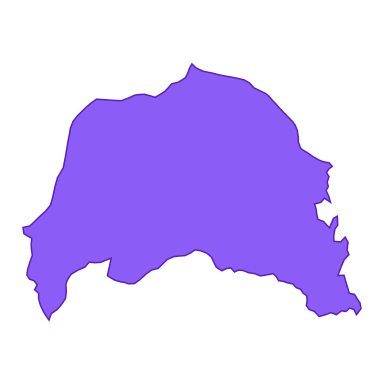 outline of Aparecida de Goiânia, Goiás, Brazil
{"feature_id": "56859067B28285807944734", "entity_name": "Aparecida de Goiânia", "entity_type": "district", "adm_level": 2, "iso_a3": "BRA", "parent_name": "Brazil", "parent_adm1": "Goiás", "projection": "robinson", "projection_center": [-49.254, -16.809], "detail": "fine", "context": "isolated", "style": "filled", "palette": "violet", "viewbox_px": 384, "rotation_deg": 0, "n_neighbors": 0, "source": "geoboundaries", "source_scale": "gbopen_adm2", "svg_char_len": 2494}
<svg xmlns="http://www.w3.org/2000/svg" viewBox="0 0 384 384"><path d="M329.1,162.8L323.4,161.8L319.5,160.3L312.6,156.4L307.8,153.0L300.9,148.8L298.5,142.7L298.3,137.4L297.3,130.4L295.1,125.0L292.3,121.3L288.3,117.2L283.1,111.9L279.7,108.3L276.2,104.3L272.0,99.9L269.0,96.3L265.7,93.5L260.2,90.9L254.0,87.9L249.6,83.0L244.2,79.9L238.8,78.6L231.4,77.1L225.4,76.1L218.4,74.7L211.9,73.0L203.0,71.2L196.2,68.0L191.9,63.9L189.6,68.0L187.7,73.2L185.5,77.7L178.2,82.3L171.7,83.8L168.8,87.2L165.0,91.3L159.2,95.0L155.1,97.3L150.2,95.8L144.4,94.3L139.7,94.5L135.0,95.1L128.5,98.0L121.5,100.7L114.2,100.4L109.9,100.1L104.6,99.7L96.5,99.2L91.3,102.9L86.6,106.8L81.1,112.2L77.2,116.1L73.1,121.3L70.4,128.2L69.3,134.9L67.8,142.4L66.7,149.5L65.4,156.9L64.4,162.0L63.3,167.7L60.7,172.3L57.5,177.7L55.0,186.6L53.9,192.0L52.6,197.6L50.5,205.0L45.6,211.2L40.6,215.6L34.9,221.2L29.9,225.9L23.0,227.5L23.9,233.7L27.7,236.1L31.8,238.3L31.2,243.6L31.4,248.7L32.3,255.3L29.7,262.7L27.6,269.6L26.9,275.0L29.5,279.1L34.1,280.8L37.2,284.8L34.6,289.7L38.6,293.3L38.6,298.5L40.4,305.2L42.7,310.1L45.3,314.7L49.0,320.1L51.2,313.7L57.1,309.6L61.8,304.1L65.5,298.5L66.3,291.6L65.9,283.8L67.8,279.2L71.2,274.2L78.1,270.0L84.7,267.3L89.2,262.2L94.8,262.7L100.5,262.4L105.3,260.4L111.2,258.2L107.4,275.7L111.2,278.1L114.7,280.1L120.3,281.8L124.3,282.3L128.4,283.8L134.4,283.6L139.7,279.8L143.4,276.4L146.8,273.4L151.7,270.0L158.1,268.4L162.4,264.2L167.5,259.3L174.0,256.6L179.3,256.0L185.1,255.6L190.7,252.9L194.9,249.9L200.5,250.7L206.9,253.2L211.4,257.1L213.8,262.2L216.4,267.3L221.9,270.8L226.4,268.6L230.9,267.9L234.5,272.0L238.4,270.1L243.5,270.6L248.6,272.7L254.1,273.5L260.6,275.9L267.7,274.7L273.1,273.7L276.2,276.4L278.7,280.8L283.2,281.3L287.4,282.8L292.7,283.8L296.3,287.7L300.7,289.4L303.0,293.0L306.7,295.8L307.1,300.7L306.3,305.6L309.2,309.5L314.6,311.5L319.1,316.5L325.7,314.7L330.9,312.6L336.4,314.7L341.5,310.8L345.9,311.5L349.6,308.1L354.0,309.5L356.5,314.7L361.0,308.6L360.1,303.2L357.5,299.3L354.5,294.4L349.3,293.3L346.6,284.3L344.0,275.3L337.9,275.4L341.5,265.9L344.3,259.5L348.9,254.8L347.1,249.9L348.0,242.3L345.2,237.1L340.7,241.9L333.8,241.3L333.8,235.5L334.9,229.1L337.7,225.1L337.3,216.2L333.5,218.3L331.5,223.1L329.6,227.8L326.4,224.7L323.4,221.4L318.0,219.5L316.9,215.1L316.1,209.0L314.5,204.0L321.0,202.3L324.4,198.2L330.5,202.3L328.7,196.2L326.1,190.5L328.3,186.6L327.2,182.2L329.0,176.6L326.5,172.6L328.9,168.9L332.3,166.4L329.1,162.8Z" fill="#8b5cf6" stroke="#5b21b6" stroke-width="1.5"/></svg>